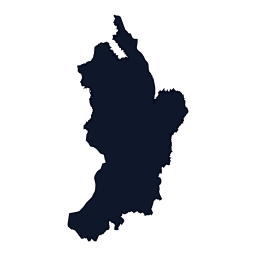 Khao Saming, Trat, Thailand (Equal Earth projection)
{"feature_id": "78962969B42542221471350", "entity_name": "Khao Saming", "entity_type": "district", "adm_level": 2, "iso_a3": "THA", "parent_name": "Thailand", "parent_adm1": "Trat", "projection": "equal_earth", "projection_center": [102.413, 12.449], "detail": "fine", "context": "isolated", "style": "filled", "palette": "ink", "viewbox_px": 256, "rotation_deg": 0, "n_neighbors": 0, "source": "geoboundaries", "source_scale": "gbopen_adm2", "svg_char_len": 5720}
<svg xmlns="http://www.w3.org/2000/svg" viewBox="0 0 256 256"><path d="M116.2,16.3L113.9,15.4L114.0,15.5L114.8,16.2L114.8,16.9L115.7,17.6L115.9,18.6L114.2,22.5L114.9,22.7L114.8,24.1L115.5,25.1L117.1,24.9L117.6,27.1L117.3,28.5L118.4,28.5L118.4,29.3L119.1,30.5L118.5,31.3L119.1,32.6L117.8,32.2L116.9,32.9L117.0,34.8L117.6,35.2L117.3,36.5L116.1,35.9L114.9,37.0L114.8,36.5L115.3,35.9L115.1,35.5L113.4,35.6L113.8,37.1L113.2,39.1L113.7,39.1L114.2,37.9L114.9,38.8L115.3,40.4L116.2,40.9L116.4,42.2L116.7,42.3L117.1,41.6L118.6,43.6L118.5,44.9L119.6,45.9L119.8,47.0L121.6,47.5L121.8,49.4L122.7,48.8L124.2,50.1L124.6,50.7L124.2,51.5L125.2,51.7L125.4,53.4L126.7,53.1L126.5,54.7L128.5,56.6L128.7,57.8L128.2,58.7L127.5,58.4L127.0,59.2L126.4,58.6L126.9,58.5L127.0,57.9L125.7,57.5L125.4,57.8L125.9,59.3L125.6,59.7L124.5,58.4L123.3,58.3L122.3,59.2L122.2,58.4L121.7,58.5L121.8,59.3L121.3,59.1L120.6,59.9L119.3,60.1L118.9,59.5L118.2,60.0L118.2,59.5L117.3,59.0L117.7,58.3L117.0,57.7L117.3,55.9L115.1,56.1L115.2,54.7L114.2,55.2L114.5,54.3L113.4,54.6L113.6,53.3L112.9,52.5L112.8,51.4L112.2,50.9L111.8,51.2L111.7,50.5L110.4,51.3L110.0,50.9L110.1,49.7L109.2,48.5L109.4,47.6L110.1,47.5L109.5,47.1L109.5,46.3L108.0,45.3L108.5,44.4L108.4,43.6L106.5,42.5L105.8,42.8L105.3,43.8L104.8,43.1L103.2,43.8L101.1,43.1L100.0,44.2L98.7,44.5L97.9,46.2L97.1,45.9L95.2,47.3L94.8,53.4L94.2,55.0L93.9,57.5L91.5,61.0L91.4,62.0L89.7,61.8L87.4,62.5L86.3,63.5L86.4,64.3L85.9,64.7L85.4,64.5L85.3,64.8L84.4,64.1L82.0,64.9L81.0,65.9L78.0,66.2L78.6,69.2L78.4,70.9L79.5,72.3L81.3,73.1L82.1,74.3L83.0,77.3L82.8,77.8L82.3,77.7L83.1,78.2L83.1,78.7L82.6,78.5L82.6,79.7L82.1,79.7L81.7,80.4L82.1,81.1L80.9,81.9L81.7,83.2L82.1,83.0L81.9,83.9L82.4,84.3L82.0,84.9L82.3,85.4L82.7,84.9L83.8,85.5L84.3,85.3L85.8,86.6L86.0,87.1L85.5,87.5L86.2,87.4L86.2,88.2L86.7,86.5L87.9,86.7L87.8,87.1L88.3,87.4L89.1,87.1L90.2,88.2L90.2,89.6L90.7,88.8L90.9,89.5L91.3,89.5L91.1,90.0L92.0,90.7L91.6,92.0L90.5,92.5L90.8,93.3L91.6,93.2L91.3,94.2L91.6,95.0L92.4,95.3L91.9,96.2L91.2,96.3L90.6,99.0L90.1,98.8L89.8,99.2L90.4,100.8L90.1,101.2L91.2,102.7L91.2,103.4L90.5,103.2L90.6,103.8L91.2,104.7L91.2,105.3L91.7,105.2L91.7,106.0L92.6,106.8L92.8,108.3L93.7,109.3L93.3,110.5L93.7,112.0L92.8,112.5L93.0,113.5L91.7,115.3L92.0,116.3L91.7,116.9L92.1,117.6L91.4,119.4L91.0,119.7L90.4,119.3L90.2,120.7L89.0,120.7L88.3,122.7L86.8,122.4L86.7,123.1L87.2,123.8L87.2,124.4L85.7,124.2L85.2,125.2L84.3,125.8L84.3,128.4L86.0,128.2L87.1,129.7L88.1,129.3L88.4,129.9L88.3,132.8L87.2,134.7L86.6,140.3L89.1,142.8L90.6,145.7L93.6,146.4L97.0,148.4L100.7,152.9L104.6,154.3L105.3,158.6L106.4,161.9L106.1,163.3L103.0,164.1L101.3,169.2L97.7,171.8L95.2,176.1L94.9,178.1L96.2,184.3L95.9,189.4L95.3,191.8L92.1,197.9L86.9,203.1L83.9,207.3L79.8,211.6L77.7,212.4L69.8,213.9L68.3,224.3L68.6,226.1L71.8,228.8L72.7,228.6L75.6,229.9L81.8,238.1L82.9,238.0L84.0,236.8L85.4,237.7L86.7,236.7L88.7,240.6L89.9,240.4L90.8,238.5L91.4,238.0L92.2,238.2L94.6,240.6L95.9,240.6L98.5,234.6L100.8,234.3L102.2,233.2L103.0,233.4L103.8,231.8L104.5,231.7L105.8,229.7L108.3,229.0L108.9,227.5L108.2,222.8L108.6,220.1L111.1,220.8L111.8,222.0L113.5,222.4L116.0,225.1L115.2,226.8L115.0,229.2L117.7,229.4L117.8,228.8L117.1,227.5L118.2,226.6L119.3,224.5L119.6,222.9L120.7,223.1L121.7,223.9L123.5,221.2L123.3,219.9L122.7,219.2L119.8,216.8L120.2,215.6L121.3,215.5L122.0,211.8L123.6,213.3L124.8,213.6L127.0,212.5L128.0,211.4L129.9,211.4L131.3,210.4L133.8,211.6L134.0,212.2L137.6,210.0L138.7,211.8L140.2,212.3L140.5,212.0L140.8,212.6L142.6,211.8L143.7,211.9L144.0,212.9L144.9,213.4L145.1,215.0L145.6,215.0L145.8,214.3L149.1,214.5L150.9,213.3L151.5,214.1L152.2,212.7L150.4,208.8L151.5,207.2L151.5,206.0L152.1,205.0L151.7,204.5L152.3,204.0L153.1,200.7L156.1,197.9L157.7,198.9L159.5,198.6L159.9,199.6L161.2,198.9L159.0,194.2L158.4,191.5L158.9,188.9L158.4,184.9L160.0,183.7L160.6,182.2L160.6,180.0L159.6,178.0L157.6,178.2L157.8,176.1L159.0,172.5L161.1,172.7L161.2,170.6L160.7,167.3L163.2,165.4L163.7,166.7L166.1,163.7L168.4,164.5L169.3,164.1L169.2,161.1L170.0,160.9L168.9,159.2L170.0,158.1L169.1,157.8L168.4,156.4L169.5,155.5L169.3,153.6L170.1,153.2L170.5,152.2L171.6,151.4L170.7,150.2L170.9,148.1L170.0,146.6L170.8,146.2L171.2,145.5L171.1,144.9L170.3,145.1L169.9,144.7L170.8,144.0L171.2,142.9L170.4,141.5L170.7,140.8L170.0,139.7L170.8,138.8L170.1,137.9L170.2,137.3L171.0,136.9L170.4,134.5L170.7,134.4L170.9,135.3L171.3,135.3L172.1,133.0L172.6,134.2L172.9,134.1L173.0,131.7L173.6,132.3L174.3,131.3L175.1,131.7L175.6,130.8L176.4,131.4L176.5,130.7L177.3,130.2L177.6,129.3L176.8,128.8L176.9,127.2L178.1,127.1L179.0,125.2L179.7,125.1L181.2,123.0L182.4,122.7L182.5,122.0L181.8,120.3L183.2,120.4L182.7,118.1L183.9,117.0L184.2,115.6L185.2,115.4L185.7,114.2L187.4,112.4L187.7,111.3L186.7,108.2L185.2,107.7L184.4,104.7L184.7,101.7L184.5,100.9L183.6,100.6L183.4,99.3L183.7,98.5L183.2,98.3L182.9,95.3L181.6,95.1L181.2,93.6L179.0,91.7L178.2,92.2L177.2,91.4L176.1,92.2L174.3,90.2L173.5,91.3L173.3,89.4L172.4,90.3L172.0,91.5L170.8,90.4L170.9,91.5L170.2,91.1L169.8,92.2L169.2,92.5L167.4,91.7L167.2,91.0L166.2,92.8L165.5,92.6L164.9,91.4L163.8,92.0L163.7,89.8L162.0,92.1L160.3,91.2L160.0,92.2L159.4,92.0L158.9,92.5L159.2,94.2L159.0,95.2L158.0,96.8L157.0,97.5L156.9,99.1L154.9,99.7L154.4,102.3L153.8,102.4L154.3,99.8L152.8,99.2L152.8,98.5L152.8,97.9L153.6,98.0L153.8,97.4L153.9,95.2L154.5,93.5L154.5,87.4L153.0,79.6L152.5,78.2L151.6,77.9L151.8,76.4L150.6,74.8L150.3,73.6L149.7,73.6L149.3,72.5L148.7,72.2L148.0,69.5L147.8,64.8L147.2,63.0L144.8,60.3L143.3,57.0L141.1,53.7L137.4,50.6L136.3,49.0L136.0,47.1L136.8,42.6L136.9,39.6L134.3,39.6L132.7,38.9L131.7,37.8L130.3,34.3L128.1,33.9L126.6,31.7L124.7,30.2L120.1,17.4L118.6,16.4L116.2,16.3Z" fill="#0f172a" stroke="#020617" stroke-width="1.5"/></svg>